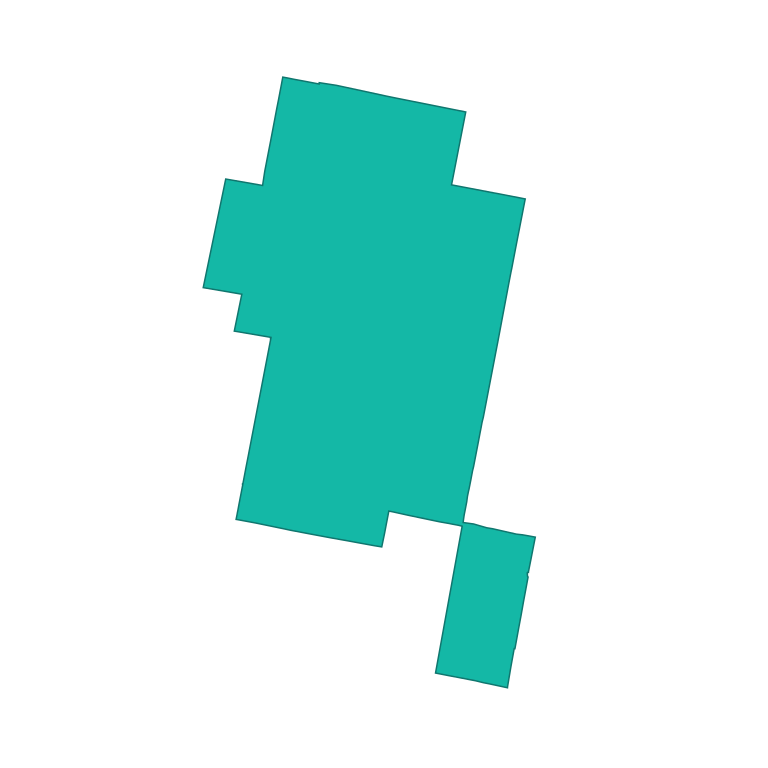 outline of Urzica, Olt, Romania, rotated 262°
{"feature_id": "2599482B65259464639789", "entity_name": "Urzica", "entity_type": "district", "adm_level": 2, "iso_a3": "ROU", "parent_name": "Romania", "parent_adm1": "Olt", "projection": "albers", "projection_center": [24.245, 43.86], "detail": "fine", "context": "isolated", "style": "filled", "palette": "teal", "viewbox_px": 768, "rotation_deg": 262, "n_neighbors": 0, "source": "geoboundaries", "source_scale": "gbopen_adm2", "svg_char_len": 1733}
<svg xmlns="http://www.w3.org/2000/svg" viewBox="0 0 768 768"><g transform="rotate(262 384 384)"><path d="M477.4,525.4L480.4,526.5L502.1,533.9L547.6,549.6L556.9,522.6L558.1,518.9L567.9,490.1L571.8,478.6L642.0,502.8L665.4,435.9L668.7,426.6L686.4,378.4L691.4,361.8L690.1,361.5L694.6,348.3L698.2,337.5L700.5,331.0L702.0,326.5L694.3,323.9L679.9,319.0L671.6,316.1L662.1,312.9L640.0,305.4L631.3,302.4L611.2,295.5L597.5,291.4L609.0,255.8L504.6,218.4L492.7,255.7L457.2,243.1L445.9,278.6L444.9,278.3L444.9,278.0L444.4,277.8L444.0,278.0L331.5,239.5L321.1,235.9L309.0,231.8L304.9,230.4L304.8,230.0L304.2,229.9L303.9,230.1L284.6,223.5L281.0,222.3L280.4,222.1L278.9,221.6L277.3,221.0L275.4,220.4L271.4,219.0L270.5,218.7L270.1,220.0L264.2,237.6L254.2,265.6L252.1,271.3L246.1,289.0L238.8,310.7L233.8,326.1L229.9,337.8L225.3,351.7L223.0,359.1L236.1,363.8L243.5,366.3L257.5,371.1L256.0,375.4L250.5,390.1L239.7,420.1L236.8,429.1L235.8,431.9L233.8,437.9L232.3,441.6L90.6,394.8L86.3,407.2L77.4,433.3L74.4,440.8L72.4,446.6L68.7,456.7L66.0,464.0L67.3,464.3L86.6,470.4L98.1,474.2L103.9,476.1L103.8,476.6L103.7,476.8L104.8,477.2L127.1,484.6L136.3,487.7L140.0,488.9L141.8,489.5L149.2,491.9L160.2,495.6L172.8,499.8L173.0,499.5L173.2,499.4L173.8,499.4L176.3,499.5L177.3,499.7L177.5,500.1L177.3,500.8L177.9,500.9L190.2,505.2L211.3,512.5L213.4,506.3L215.4,500.1L216.9,494.2L225.6,471.3L227.3,465.8L230.1,459.5L232.9,453.3L235.8,443.1L237.4,443.5L242.6,445.0L244.4,445.6L246.1,446.2L249.9,447.5L255.7,449.5L261.1,451.0L266.7,453.0L267.6,453.4L276.8,456.6L280.7,457.9L285.7,459.6L289.7,461.2L313.9,469.5L321.9,472.2L327.1,474.0L332.5,475.8L337.2,477.7L407.1,501.6L408.8,502.2L467.2,521.9L477.4,525.4Z" fill="#14b8a6" stroke="#0f766e" stroke-width="1.5"/></g></svg>